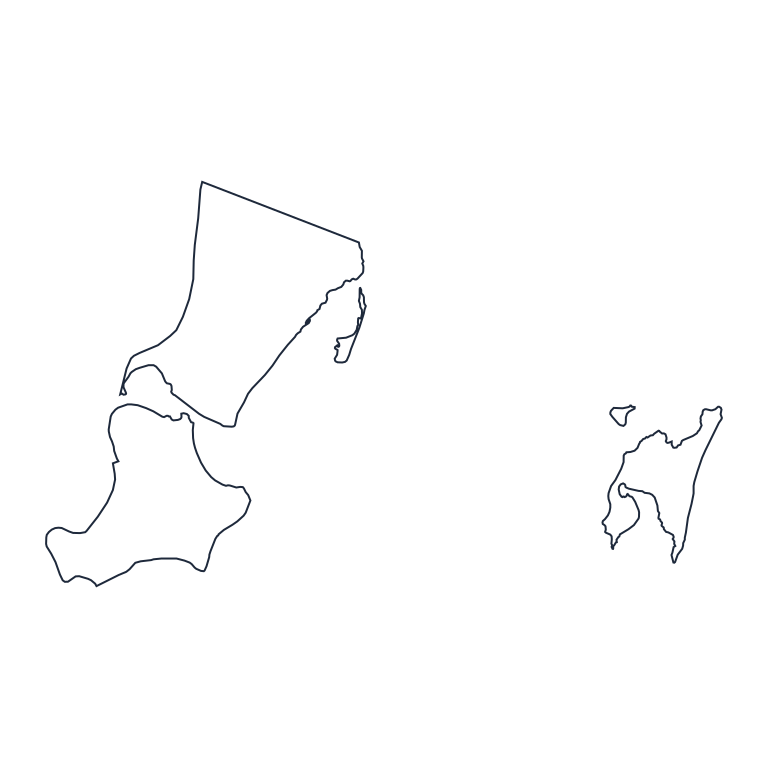 the district of Cidade De Maputo, Maputo, Mozambique
{"feature_id": "85939544B59479814848654", "entity_name": "Cidade De Maputo", "entity_type": "district", "adm_level": 2, "iso_a3": "MOZ", "parent_name": "Mozambique", "parent_adm1": "Maputo", "projection": "robinson", "projection_center": [32.742, -25.953], "detail": "fine", "context": "isolated", "style": "outline", "palette": "slate", "viewbox_px": 768, "rotation_deg": 0, "n_neighbors": 0, "source": "geoboundaries", "source_scale": "gbopen_adm2", "svg_char_len": 6103}
<svg xmlns="http://www.w3.org/2000/svg" viewBox="0 0 768 768"><path d="M120.2,394.4L121.8,393.5L123.5,394.7L125.4,394.4L126.0,393.9L126.1,393.3L125.7,392.2L123.5,387.2L123.5,384.2L124.0,382.9L128.5,376.8L130.4,373.3L131.7,372.0L135.8,369.2L139.7,367.8L148.5,365.2L153.6,365.2L156.2,366.7L161.9,373.4L165.1,381.2L165.8,382.2L166.9,383.3L169.9,383.9L170.8,384.5L171.5,386.0L171.8,390.0L171.2,391.7L171.6,392.7L173.5,394.7L174.9,395.2L199.1,413.8L204.2,416.9L220.3,423.9L222.3,425.5L223.7,426.2L231.8,426.7L233.7,426.4L234.8,425.5L235.2,424.2L237.5,413.6L244.0,402.4L248.0,393.8L252.3,388.2L264.9,375.0L272.5,365.6L279.3,355.5L283.5,350.2L287.9,344.7L295.0,336.9L296.1,334.9L297.7,333.3L300.4,331.6L300.9,329.5L303.0,326.8L308.7,323.1L309.9,320.9L309.9,320.1L309.8,319.6L309.2,319.5L308.4,320.6L307.5,323.3L305.9,323.8L305.8,322.8L306.7,320.8L309.1,318.2L316.0,312.7L317.2,311.2L317.3,310.3L319.5,309.0L320.4,305.5L321.9,303.7L325.5,302.7L327.0,299.7L327.2,298.7L326.6,295.1L327.5,293.0L329.9,290.9L332.5,290.1L335.6,289.6L337.9,288.2L341.3,286.9L343.3,284.5L344.0,282.3L345.8,280.7L347.4,280.7L349.7,281.3L350.4,281.0L351.7,279.4L353.2,278.7L355.1,279.5L356.4,279.4L357.6,278.5L362.7,273.0L363.2,271.5L363.4,267.7L363.3,266.0L362.3,263.5L363.5,261.3L362.0,258.5L361.8,257.5L361.9,250.8L359.7,247.0L358.9,242.5L202.2,181.9L200.4,189.5L198.2,218.3L194.8,244.9L193.7,260.6L193.3,279.1L189.2,299.1L182.9,316.8L176.3,330.2L170.1,336.0L158.0,345.2L139.7,352.9L133.9,355.8L131.0,358.5L126.6,368.5L120.2,394.4ZM96.5,586.1L118.7,575.0L126.3,571.8L129.6,569.2L135.3,562.8L140.7,561.3L151.1,560.1L153.6,559.3L161.7,558.5L176.4,558.5L184.5,560.6L189.7,562.6L191.7,564.1L194.6,567.5L196.2,568.8L201.0,570.9L203.8,571.2L204.6,570.5L206.5,566.3L209.2,557.1L209.4,554.6L210.5,551.2L215.4,538.8L217.2,536.0L218.2,535.4L218.6,534.3L223.9,529.9L232.4,524.8L237.3,521.4L243.6,515.7L245.7,512.7L250.4,500.5L248.2,495.1L245.7,492.1L243.9,488.4L242.8,487.1L240.2,486.9L236.3,487.5L229.9,485.5L228.0,485.3L226.0,485.8L222.5,484.6L215.1,480.4L211.2,477.1L205.7,470.5L201.0,462.6L196.8,453.0L195.0,447.7L193.9,443.4L193.1,438.1L192.8,430.0L193.5,423.2L192.8,422.6L191.1,422.2L188.8,417.9L188.7,415.8L186.8,414.0L183.6,413.2L181.3,413.7L181.5,417.0L181.1,418.1L180.1,419.1L177.9,419.9L173.4,420.4L171.7,419.5L169.9,416.4L168.9,416.5L167.9,415.8L166.6,415.8L164.1,417.1L162.3,416.7L153.3,411.3L146.1,408.1L137.7,405.2L131.3,404.4L127.5,404.4L118.1,407.7L115.4,409.7L111.9,413.9L110.7,416.6L108.7,429.5L108.8,431.5L110.0,437.0L112.0,441.4L113.7,446.5L114.2,451.0L116.9,458.6L118.4,461.3L112.9,463.3L114.7,473.8L115.1,479.5L112.9,490.0L107.1,502.6L97.8,516.7L86.6,530.9L85.2,532.2L80.0,533.1L73.0,532.9L69.1,531.5L61.7,528.0L58.4,527.7L55.1,528.1L51.8,529.6L48.9,532.0L46.8,534.8L46.3,537.3L46.1,543.9L46.7,546.5L51.2,553.7L55.5,562.1L59.9,574.5L62.7,580.3L64.8,581.8L68.0,581.7L75.6,576.4L79.2,576.2L88.0,578.8L91.0,580.2L95.2,583.7L96.5,586.1ZM721.5,409.6L720.8,407.8L719.0,406.7L718.0,406.8L715.4,409.2L712.2,410.3L710.6,410.3L706.0,409.2L704.8,409.3L703.3,410.2L702.7,411.6L702.4,414.3L700.9,416.4L700.5,418.5L700.8,420.2L700.5,421.9L701.6,425.5L699.2,430.3L698.1,431.2L696.9,433.3L692.8,436.0L683.3,440.0L681.9,440.9L680.5,444.7L678.1,445.4L676.6,447.5L674.3,447.8L673.3,447.6L671.7,444.7L671.7,441.5L668.8,442.7L667.4,442.9L666.5,442.4L665.8,441.1L666.5,439.3L666.5,437.5L665.5,434.3L663.9,433.4L662.1,433.5L659.6,431.5L659.3,430.9L658.5,430.7L654.1,433.8L652.9,435.2L650.5,435.5L647.6,437.5L646.4,437.0L645.0,438.5L643.2,439.0L641.4,441.1L640.1,441.8L639.9,442.8L639.3,443.5L637.5,447.9L634.6,450.7L630.4,452.0L626.4,452.3L625.8,453.4L624.4,454.2L623.7,455.6L623.6,462.1L621.2,468.8L615.4,480.1L611.1,486.0L608.6,493.1L608.3,496.0L608.6,499.1L610.3,504.2L610.3,507.7L609.5,511.8L607.9,515.4L605.0,519.1L602.9,521.0L602.5,522.4L602.8,524.0L604.5,525.1L605.5,526.3L605.8,529.7L605.1,531.9L605.9,532.7L610.3,534.6L611.6,536.3L611.8,539.3L611.4,543.7L612.2,545.2L611.6,546.9L612.5,548.8L613.0,548.9L613.3,548.0L613.0,546.9L613.2,546.3L614.1,545.4L615.9,542.4L616.8,542.2L616.5,539.8L618.3,537.1L619.3,536.5L619.9,534.4L628.5,529.2L633.9,525.1L638.6,518.5L639.0,516.8L639.1,512.3L638.6,510.1L635.2,501.9L632.5,497.5L631.7,496.8L629.5,496.2L627.7,494.0L627.1,494.3L626.6,495.8L625.7,496.7L624.6,497.1L623.8,496.5L623.0,496.6L622.6,497.1L621.6,496.8L619.7,494.2L618.7,489.5L619.1,486.5L620.7,484.4L623.1,483.4L624.7,484.3L625.2,485.0L625.5,486.9L626.3,487.6L628.9,488.7L638.6,490.9L642.4,491.2L644.6,492.8L649.4,493.4L652.2,494.8L654.7,497.5L657.4,505.5L657.9,511.0L659.3,513.1L658.4,517.9L658.6,518.7L660.1,519.5L660.5,521.0L662.0,522.6L662.1,523.4L661.5,525.2L661.7,525.9L663.7,527.5L663.9,529.2L666.1,531.9L668.3,532.4L672.9,534.9L673.6,536.5L673.6,537.6L672.7,539.0L674.4,541.4L674.2,543.9L675.3,546.0L673.6,547.1L672.4,552.7L671.5,555.0L673.4,562.5L674.3,562.7L675.1,562.0L677.7,554.7L682.2,548.8L683.1,545.6L683.2,543.1L684.8,539.7L684.8,537.7L685.9,532.6L687.9,518.0L691.5,504.0L693.1,496.1L693.6,493.4L693.6,485.9L694.3,482.1L697.5,471.3L702.1,457.7L705.5,450.1L718.9,422.8L721.4,419.3L721.9,417.9L720.6,414.2L721.5,409.6ZM359.3,327.9L363.8,313.5L364.5,309.8L365.8,306.0L364.4,303.8L364.0,302.2L363.9,297.2L363.2,295.3L361.6,293.6L361.2,292.5L361.2,289.9L360.3,288.0L359.9,288.1L359.7,289.0L359.6,297.3L358.9,300.9L360.0,303.8L360.3,307.1L361.9,309.8L362.0,313.5L361.2,317.3L360.8,318.5L358.8,318.0L358.2,318.4L357.9,322.4L358.2,324.8L357.4,326.1L356.7,329.8L354.4,333.6L352.4,335.2L346.1,337.7L337.6,338.5L337.1,339.7L337.1,340.8L339.1,343.7L339.3,345.6L339.1,346.4L338.5,346.8L337.8,346.6L337.8,345.4L337.4,345.2L335.0,347.2L334.9,348.1L335.4,348.8L337.5,349.9L337.6,350.7L337.1,354.8L334.7,358.7L335.1,360.6L335.7,361.4L337.6,362.3L342.2,362.5L345.0,361.9L346.7,360.5L349.2,354.9L351.0,349.0L359.3,327.9ZM631.8,406.7L631.1,405.6L630.3,405.5L629.5,406.6L628.3,407.1L622.7,408.3L613.7,407.9L611.0,410.8L610.4,412.3L610.3,414.0L612.3,416.8L618.7,424.1L620.2,425.1L623.5,425.9L625.3,424.3L625.8,422.7L625.9,417.3L627.0,413.8L629.0,411.6L634.6,408.6L634.7,407.1L631.8,406.7Z" fill="none" stroke="#1e293b" stroke-width="2"/></svg>